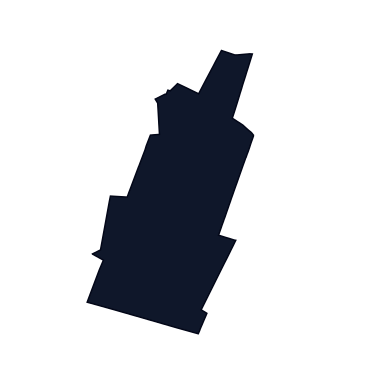 the district of Tomnatic, Timis, Romania, rotated 302°
{"feature_id": "2599482B78622913226353", "entity_name": "Tomnatic", "entity_type": "district", "adm_level": 2, "iso_a3": "ROU", "parent_name": "Romania", "parent_adm1": "Timis", "projection": "robinson", "projection_center": [20.694, 45.986], "detail": "fine", "context": "isolated", "style": "filled", "palette": "ink", "viewbox_px": 384, "rotation_deg": 302, "n_neighbors": 0, "source": "geoboundaries", "source_scale": "gbopen_adm2", "svg_char_len": 1986}
<svg xmlns="http://www.w3.org/2000/svg" viewBox="0 0 384 384"><g transform="rotate(302 192 192)"><path d="M271.8,214.5L271.8,214.4L272.8,214.0L273.0,213.2L273.2,212.8L273.7,211.4L274.0,210.1L274.3,207.4L274.8,204.4L275.3,201.7L275.7,199.6L275.7,199.1L275.8,196.0L275.8,192.8L275.9,190.4L275.9,187.1L277.0,186.8L282.2,185.5L288.0,184.0L293.7,182.5L298.9,181.1L301.0,180.5L303.8,179.8L306.1,179.2L308.5,178.5L311.5,177.7L315.1,176.8L319.0,175.8L322.3,174.9L325.5,174.1L332.7,172.2L339.2,170.5L341.0,170.0L340.4,168.9L339.8,167.8L335.6,162.2L331.8,157.2L331.6,156.6L331.4,156.4L331.0,156.2L330.7,154.8L330.6,154.4L329.3,149.0L327.6,142.0L316.0,142.8L310.0,143.3L308.6,143.4L306.9,143.5L294.2,144.4L285.2,145.1L278.8,145.6L277.9,137.4L277.4,132.5L276.9,128.2L276.2,122.3L273.9,121.8L266.2,119.9L265.6,117.6L262.7,118.1L261.4,118.4L261.2,118.4L261.0,118.1L260.9,117.8L260.8,117.4L251.3,111.6L249.2,115.8L239.9,122.4L223.6,133.9L220.0,129.0L218.2,126.6L210.3,128.1L206.7,128.8L202.7,129.9L196.6,131.1L185.6,133.3L185.3,133.3L161.5,138.1L158.3,138.7L155.6,139.3L153.3,139.7L145.3,125.0L140.5,126.8L114.6,137.1L94.4,145.1L86.7,140.4L86.6,140.6L87.3,153.0L76.7,154.7L43.0,161.5L51.0,188.6L57.1,209.9L68.8,251.0L72.9,264.9L75.1,272.4L78.6,271.9L79.8,271.6L82.9,271.1L85.0,270.8L89.3,270.1L94.7,269.3L97.0,268.9L97.0,268.3L97.0,266.9L96.9,262.2L145.2,257.5L146.4,257.4L148.3,257.2L153.2,256.8L156.3,256.5L160.4,256.1L163.1,255.8L167.4,255.4L168.5,255.3L172.1,254.9L174.2,254.7L173.6,253.2L172.3,248.1L171.3,244.6L170.1,239.9L169.4,237.4L175.1,236.1L177.4,235.6L179.4,235.1L182.2,234.5L184.2,234.1L185.2,233.8L188.3,233.2L193.4,232.0L198.3,230.9L201.2,230.2L204.9,229.4L205.6,229.2L208.2,228.6L211.0,228.0L213.2,227.5L217.6,226.5L220.8,225.8L223.2,225.3L229.4,223.9L235.2,222.6L235.7,222.5L241.9,221.1L246.6,220.1L249.1,219.5L249.9,219.5L253.3,218.7L255.5,218.3L258.6,217.6L260.3,217.2L262.2,216.7L265.5,215.9L268.8,215.2L271.8,214.5Z" fill="#0f172a" stroke="#020617" stroke-width="1.5"/></g></svg>